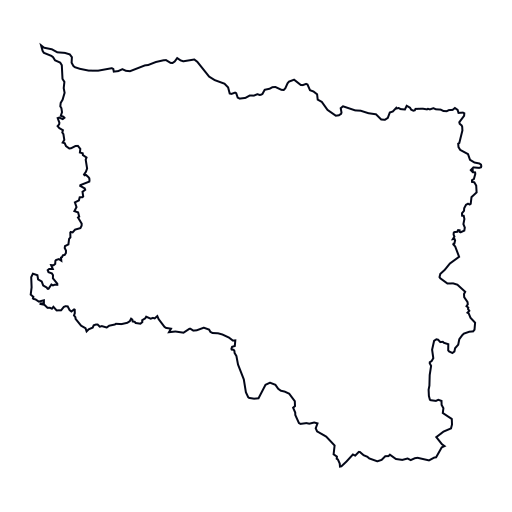 Miarinarivo, Itasy, Madagascar (Mercator projection)
{"feature_id": "10022922B79563685419763", "entity_name": "Miarinarivo", "entity_type": "district", "adm_level": 2, "iso_a3": "MDG", "parent_name": "Madagascar", "parent_adm1": "Itasy", "projection": "mercator", "projection_center": [46.919, -18.928], "detail": "fine", "context": "isolated", "style": "outline", "palette": "ink", "viewbox_px": 512, "rotation_deg": 0, "n_neighbors": 0, "source": "geoboundaries", "source_scale": "gbopen_adm2", "svg_char_len": 5883}
<svg xmlns="http://www.w3.org/2000/svg" viewBox="0 0 512 512"><path d="M410.7,460.1L414.9,458.2L417.6,457.8L429.0,460.4L434.2,457.6L436.1,457.3L441.7,447.4L444.5,446.1L441.9,444.2L436.3,437.1L443.5,431.6L451.0,428.4L452.0,424.5L451.8,419.0L442.8,413.0L443.4,408.2L441.6,404.9L441.5,400.9L438.3,399.8L435.9,400.9L430.7,400.2L429.9,399.7L428.9,396.0L428.6,389.7L429.4,385.7L429.7,375.0L431.1,365.9L429.7,363.2L429.8,362.2L431.6,361.1L433.3,358.2L432.1,349.7L434.1,340.8L436.4,339.3L438.1,339.7L440.3,342.1L442.8,341.8L443.9,342.8L448.3,344.2L448.2,350.3L449.0,351.4L452.4,353.0L454.4,351.5L455.1,348.2L458.2,344.7L459.3,339.2L462.3,335.1L463.9,333.6L469.4,331.7L473.1,331.4L474.5,329.7L475.1,322.7L470.5,317.8L468.7,313.4L467.5,312.7L469.3,310.8L468.0,309.0L468.3,307.6L466.5,306.2L467.8,304.3L467.5,302.0L464.2,297.2L464.0,294.0L465.2,291.8L457.4,284.7L453.2,283.4L447.4,283.5L440.3,278.3L439.5,277.1L440.3,273.9L444.7,269.9L449.9,263.5L459.1,256.8L455.2,246.5L453.3,244.4L453.5,243.7L454.4,243.5L455.1,240.4L454.5,239.0L452.8,239.2L454.4,236.6L453.6,234.7L453.7,232.9L454.3,232.1L457.2,231.8L458.1,230.1L459.6,230.3L459.6,231.9L460.6,232.3L464.3,230.6L464.8,227.6L463.4,224.1L464.4,219.0L463.7,215.8L462.1,215.7L462.0,213.2L464.0,210.8L464.2,208.2L466.0,204.8L468.0,203.7L469.7,204.5L470.7,203.8L471.5,197.1L476.6,192.4L476.2,185.6L474.3,182.3L472.0,181.9L472.0,180.2L473.9,179.0L475.3,173.9L475.1,172.4L472.8,172.2L472.7,170.2L471.6,171.0L470.8,170.1L473.4,167.4L479.1,167.9L481.0,167.3L481.3,166.2L481.0,164.6L479.4,163.5L474.4,162.5L470.0,159.8L468.0,154.1L460.2,149.9L458.5,147.1L458.2,143.7L459.3,143.0L462.4,130.5L462.2,126.8L461.7,125.5L459.7,123.8L459.3,122.2L464.1,115.8L464.3,113.3L462.9,112.6L458.5,112.9L457.6,109.9L454.9,108.0L452.6,109.9L448.9,110.1L446.7,111.2L443.4,111.0L440.6,109.6L435.9,109.3L433.4,108.2L429.9,109.4L427.9,108.8L427.0,109.4L422.8,108.7L415.5,108.9L414.8,110.3L413.4,110.7L411.2,109.7L410.0,107.7L406.7,105.8L404.9,109.5L400.6,109.1L398.6,108.0L396.5,108.5L396.2,107.9L392.8,111.5L389.8,112.5L387.8,117.9L384.9,119.8L381.2,119.5L376.0,114.3L368.4,113.2L360.6,110.7L355.2,110.4L343.0,106.3L340.7,108.2L341.5,112.5L341.1,113.8L338.9,115.3L335.8,115.7L327.5,109.9L321.8,101.9L317.7,99.6L317.1,94.3L313.5,91.5L310.0,90.2L307.5,84.5L306.1,83.9L302.8,85.1L300.8,85.0L294.1,79.7L289.0,81.6L287.6,83.2L285.3,88.3L283.7,90.0L281.4,89.8L275.4,87.0L272.4,87.2L269.7,88.7L264.7,89.8L262.4,94.0L261.3,94.6L259.8,95.0L257.4,94.2L253.9,95.6L249.8,95.5L245.4,97.9L239.7,98.6L237.7,97.6L236.2,93.2L235.1,92.6L231.5,93.9L229.7,93.5L228.1,87.4L224.5,83.7L214.7,80.1L209.1,76.6L197.3,61.8L194.3,59.5L183.3,61.3L180.6,60.4L177.2,58.1L174.7,61.5L172.5,63.0L170.6,62.9L166.0,60.1L163.4,60.3L155.9,62.0L148.2,65.0L144.9,65.4L130.0,71.2L125.9,70.8L122.4,69.2L118.2,71.1L113.8,71.6L113.3,69.0L111.8,68.2L98.0,70.7L88.7,70.6L79.8,68.8L74.9,67.2L73.4,66.0L71.6,62.7L71.9,57.2L69.8,54.4L64.9,52.9L57.3,52.3L51.9,49.3L44.0,47.7L41.1,45.4L42.6,50.9L43.8,52.8L51.4,55.9L53.1,57.2L55.0,60.3L60.2,62.6L61.8,65.2L62.5,78.9L64.4,81.9L63.7,88.1L64.6,92.8L62.6,99.7L60.7,102.9L60.3,106.3L61.4,108.2L62.0,112.2L60.8,115.8L63.4,116.7L64.4,117.8L62.7,119.1L59.1,117.6L57.7,118.1L59.4,122.8L59.1,124.4L57.6,126.1L59.3,128.1L62.9,130.2L62.3,132.5L63.4,134.1L64.3,139.9L62.7,142.6L64.7,143.2L66.0,146.1L69.3,148.5L71.2,148.2L75.5,146.0L77.9,145.9L80.3,148.9L79.9,152.5L82.7,153.3L82.9,155.1L86.5,157.5L85.7,159.7L87.1,168.5L85.9,171.8L84.0,174.5L84.6,175.3L86.1,175.0L88.4,177.1L89.3,178.3L89.5,180.3L89.3,181.6L80.4,185.1L80.2,185.9L84.7,188.4L85.2,189.8L82.5,191.8L83.2,196.4L82.5,197.2L79.7,197.3L78.9,200.4L74.9,202.4L76.5,207.1L74.4,211.1L78.1,212.4L79.2,216.6L78.0,217.5L81.7,223.7L81.6,225.7L80.4,228.1L75.1,229.6L72.6,232.4L70.7,232.0L70.3,232.6L70.4,237.4L69.1,238.9L68.4,244.4L65.0,246.1L64.7,248.0L66.0,250.6L65.9,253.0L64.7,254.9L62.9,255.3L62.0,257.1L61.0,257.6L61.3,260.7L58.9,259.1L56.1,260.0L55.4,260.8L55.2,263.9L53.5,265.3L51.1,265.1L52.8,269.0L49.1,269.0L47.7,270.2L48.5,272.2L51.9,273.4L53.0,275.2L52.9,278.3L57.3,283.7L57.3,284.8L54.7,284.7L52.9,285.4L51.4,284.5L48.5,288.8L47.6,288.8L46.7,287.5L43.2,285.5L41.7,281.5L38.1,279.4L37.4,275.2L32.9,273.7L31.2,277.2L31.6,287.4L30.7,294.6L33.4,296.9L32.9,298.3L33.4,298.9L35.5,299.4L38.8,301.6L43.9,300.3L43.9,303.2L40.6,303.5L40.5,304.0L44.4,304.8L47.5,307.8L50.0,307.8L51.9,308.7L53.4,306.8L56.6,310.4L61.1,310.3L63.8,306.9L65.6,306.2L67.7,306.4L69.6,310.1L71.4,311.5L74.1,309.4L74.7,309.7L74.8,313.2L74.0,315.4L75.4,317.2L75.6,318.9L81.1,325.7L85.5,328.2L86.6,331.4L88.7,329.3L92.7,327.6L93.7,325.3L96.0,324.5L97.6,324.5L99.8,326.7L101.8,326.1L106.7,327.5L109.2,325.7L114.9,324.5L115.9,323.8L121.5,324.1L127.3,322.8L129.8,321.2L131.1,318.7L132.3,319.6L132.7,321.5L134.7,321.8L135.6,323.0L140.4,323.7L142.3,322.1L142.2,320.2L145.3,318.3L146.2,316.7L150.7,318.7L152.9,317.9L154.7,318.4L157.3,316.1L158.6,319.1L164.5,326.9L166.0,327.9L171.0,328.7L169.0,332.2L175.4,331.5L183.5,332.7L189.4,328.8L190.3,328.7L193.3,330.6L196.7,330.3L203.8,327.7L209.1,329.6L210.4,331.9L212.5,333.0L218.1,333.3L222.4,334.5L229.0,337.6L232.9,340.6L235.3,340.4L234.8,346.0L232.1,346.8L231.4,348.9L231.7,349.6L233.6,349.8L234.4,350.9L234.6,353.0L236.4,356.0L238.0,364.5L243.8,379.4L245.9,392.3L248.2,397.2L249.1,397.9L254.1,398.7L258.5,398.3L265.5,384.8L270.0,382.7L275.4,384.8L278.2,388.8L280.8,390.7L284.7,391.6L289.2,393.7L294.8,401.2L295.0,406.1L293.1,407.7L295.2,412.5L295.3,415.0L298.9,423.0L300.5,423.9L306.4,423.1L309.3,423.7L314.2,422.5L317.5,423.4L315.7,428.3L317.1,431.4L326.2,436.6L334.6,445.5L333.6,454.3L336.9,456.6L336.7,458.7L337.9,459.5L339.7,463.5L340.0,466.6L341.4,466.3L346.4,461.6L352.9,454.5L355.2,455.6L358.8,451.9L359.9,452.0L363.6,455.2L367.4,456.8L369.2,458.4L377.3,461.3L381.6,459.9L385.3,456.2L388.5,456.1L389.9,454.7L395.9,459.0L402.3,459.9L407.6,458.5L410.7,460.1Z" fill="none" stroke="#020617" stroke-width="2"/></svg>